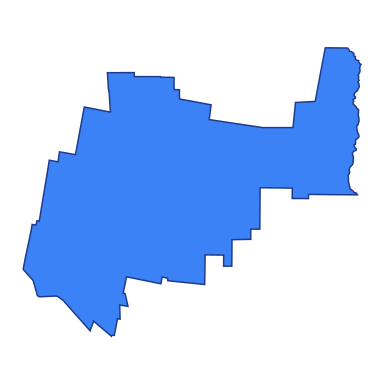 Jiménez, Santiago del Estero, Argentina
{"feature_id": "61730980B84013532899060", "entity_name": "Jiménez", "entity_type": "district", "adm_level": 2, "iso_a3": "ARG", "parent_name": "Argentina", "parent_adm1": "Santiago del Estero", "projection": "orthographic", "projection_center": [-64.123, -26.917], "detail": "fine", "context": "isolated", "style": "filled", "palette": "blue", "viewbox_px": 384, "rotation_deg": 0, "n_neighbors": 0, "source": "geoboundaries", "source_scale": "gbopen_adm2", "svg_char_len": 3101}
<svg xmlns="http://www.w3.org/2000/svg" viewBox="0 0 384 384"><path d="M347.6,48.0L347.4,48.0L325.3,47.8L323.8,55.5L315.2,101.4L295.5,102.5L293.0,127.6L278.8,127.6L262.7,127.6L209.2,119.6L211.1,104.8L208.1,104.3L190.0,100.9L185.0,100.0L179.5,99.0L179.4,89.7L174.1,89.6L174.0,77.4L160.6,77.2L160.6,76.6L134.3,76.6L134.3,72.6L107.6,72.7L107.4,72.7L107.6,76.4L108.0,81.3L108.2,85.9L108.3,88.3L109.2,92.9L109.4,96.3L110.4,112.0L108.3,111.7L84.3,107.0L84.1,107.8L83.7,110.0L82.9,114.5L81.5,122.0L79.0,135.6L76.3,150.2L75.5,154.6L71.8,154.0L64.1,152.6L60.4,152.0L59.5,151.8L58.5,158.6L58.0,161.8L51.3,160.6L49.3,160.2L46.2,179.3L45.8,181.7L45.1,185.7L41.1,209.8L39.3,221.1L37.0,220.7L36.0,225.1L35.8,225.1L32.1,224.4L32.1,224.7L31.2,230.1L28.6,242.6L28.1,244.9L25.6,256.6L24.0,264.8L23.8,265.6L23.8,265.9L23.6,267.1L23.3,268.3L23.1,269.3L23.0,269.2L23.3,269.5L23.5,269.8L23.7,270.0L24.0,270.3L24.5,270.9L24.7,271.1L33.0,280.4L33.2,280.7L33.3,281.1L35.5,288.9L36.8,293.4L37.1,294.7L37.4,295.4L37.6,295.7L37.8,295.9L38.3,296.3L38.9,296.6L39.7,296.8L44.8,296.6L47.1,296.4L50.6,296.3L54.6,296.1L54.8,296.1L56.3,296.1L57.0,296.2L57.6,296.4L58.0,296.7L63.1,300.4L63.3,300.6L66.5,304.2L68.4,306.3L69.6,307.7L76.1,315.1L76.5,315.5L78.7,317.9L80.0,319.4L80.3,319.7L85.3,325.4L90.0,330.7L90.1,330.8L90.2,330.5L93.6,321.2L111.4,336.2L111.6,335.3L114.3,335.4L117.5,318.7L120.1,319.2L119.7,305.0L128.0,306.4L125.1,293.6L123.2,293.2L125.0,284.4L126.5,276.8L160.9,283.8L162.1,277.0L167.6,278.2L167.8,280.7L188.7,282.9L204.7,284.5L205.1,255.2L205.1,254.9L223.7,255.1L223.6,266.2L231.8,266.2L232.0,239.7L250.8,239.3L250.7,229.1L259.8,229.2L260.1,187.8L266.5,187.8L276.6,187.9L292.3,188.1L292.2,198.5L300.3,198.5L308.5,198.6L308.5,194.4L327.6,194.6L338.4,194.7L357.4,194.8L356.3,193.1L353.9,192.4L353.1,191.0L350.1,188.9L349.7,186.7L348.9,183.7L348.4,180.7L348.5,178.5L348.1,175.1L349.5,173.2L349.6,171.5L349.1,169.5L350.0,167.2L351.8,165.4L352.9,163.8L353.1,161.8L353.4,160.2L353.3,158.5L353.3,156.8L353.2,156.4L352.4,153.5L352.6,152.7L353.0,152.0L354.0,151.1L355.2,150.7L356.2,150.1L356.2,149.5L356.2,148.8L355.1,147.8L354.2,146.0L354.0,144.6L355.5,144.1L355.5,142.2L355.6,142.5L355.7,139.6L356.6,139.0L358.1,138.0L359.0,136.7L358.7,134.6L357.8,133.0L357.6,132.1L357.2,130.6L356.9,129.2L356.7,126.1L357.9,125.0L358.5,122.6L359.0,121.5L359.0,119.4L358.6,116.8L358.3,115.5L358.3,114.2L358.5,112.0L358.5,110.9L358.5,110.6L358.5,109.6L357.4,108.8L355.8,106.5L353.1,103.9L353.0,102.3L353.8,101.3L353.1,99.7L353.8,98.9L355.4,98.3L355.4,97.0L354.0,95.5L354.1,95.0L354.3,93.5L355.4,92.2L357.1,90.9L357.9,90.0L357.9,88.8L358.8,87.9L359.2,86.9L359.2,85.5L358.9,84.8L358.9,83.5L357.9,82.6L358.4,81.4L359.1,80.5L358.6,79.4L358.6,79.0L358.6,77.3L358.6,75.8L358.1,74.9L359.1,73.7L359.1,72.6L359.9,72.0L359.9,70.7L360.0,69.2L359.6,68.3L360.1,66.5L360.2,65.4L360.5,64.9L361.0,64.3L359.5,63.6L358.6,61.5L358.6,60.6L356.7,60.2L355.4,59.1L355.3,57.8L355.3,56.5L353.8,55.7L353.9,54.1L353.9,53.3L352.4,52.5L351.8,51.8L350.7,51.5L349.4,51.2L349.2,50.6L348.9,49.4L347.7,48.1L347.6,48.0Z" fill="#3b82f6" stroke="#1e3a8a" stroke-width="1.5"/></svg>